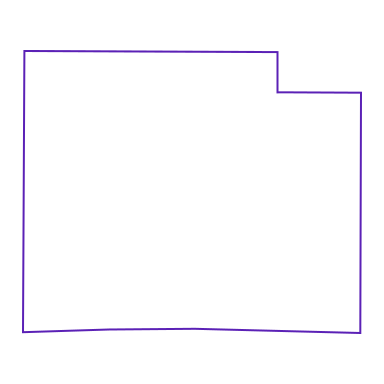 outline of Effingham, Illinois, United States of America
{"feature_id": "52423323B49311223718144", "entity_name": "Effingham", "entity_type": "district", "adm_level": 2, "iso_a3": "USA", "parent_name": "United States of America", "parent_adm1": "Illinois", "projection": "robinson", "projection_center": [-88.582, 39.064], "detail": "fine", "context": "isolated", "style": "outline", "palette": "violet", "viewbox_px": 384, "rotation_deg": 0, "n_neighbors": 0, "source": "geoboundaries", "source_scale": "gbopen_adm2", "svg_char_len": 238}
<svg xmlns="http://www.w3.org/2000/svg" viewBox="0 0 384 384"><path d="M24.4,51.0L23.0,332.2L108.9,329.5L194.9,328.8L360.3,333.0L361.0,92.7L280.2,92.3L277.5,92.4L277.5,52.1L24.4,51.0Z" fill="none" stroke="#5b21b6" stroke-width="2"/></svg>